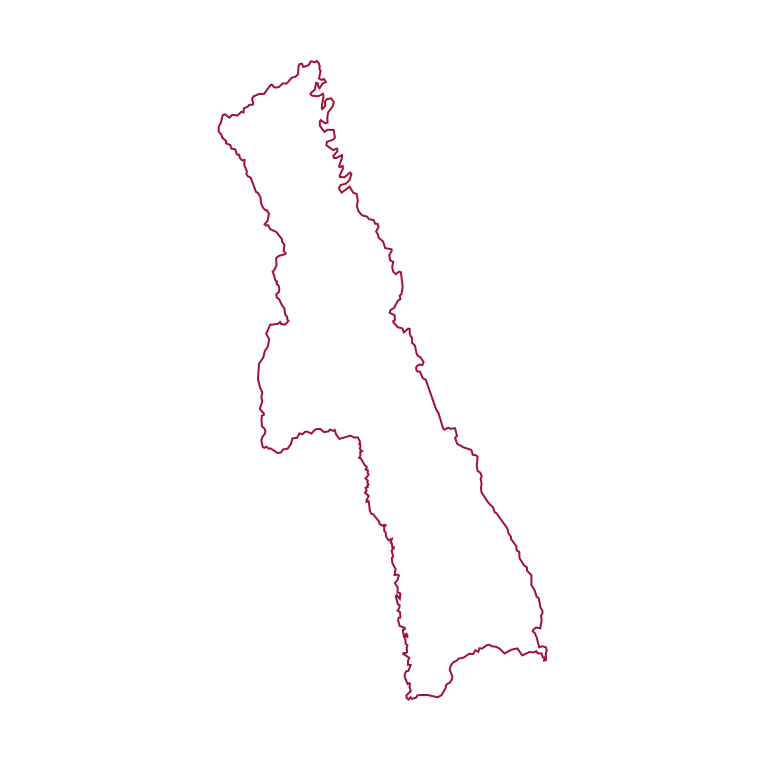 outline of Tha Song Yang, Tak, Thailand, rotated 190°
{"feature_id": "78962969B58793256407954", "entity_name": "Tha Song Yang", "entity_type": "district", "adm_level": 2, "iso_a3": "THA", "parent_name": "Thailand", "parent_adm1": "Tak", "projection": "equal_earth", "projection_center": [98.144, 17.467], "detail": "fine", "context": "isolated", "style": "outline", "palette": "rose", "viewbox_px": 768, "rotation_deg": 190, "n_neighbors": 0, "source": "geoboundaries", "source_scale": "gbopen_adm2", "svg_char_len": 6147}
<svg xmlns="http://www.w3.org/2000/svg" viewBox="0 0 768 768"><g transform="rotate(190 384 384)"><path d="M551.2,564.2L543.3,550.8L541.4,550.4L538.1,546.5L536.4,540.4L533.7,536.6L531.3,534.7L528.9,534.6L528.6,533.2L526.8,531.9L527.0,524.3L529.4,520.6L527.9,519.6L525.9,520.3L522.8,516.7L516.4,515.0L509.4,508.6L509.2,506.6L506.1,503.6L506.1,497.9L503.6,495.8L503.7,494.8L509.8,491.9L512.1,489.1L510.5,482.2L511.6,477.7L513.2,475.1L510.6,471.3L510.3,469.5L507.9,466.1L507.2,466.3L507.0,463.7L505.0,462.6L503.7,460.2L503.5,456.2L505.7,453.8L504.7,450.7L502.0,449.3L498.2,443.9L495.4,441.4L493.3,435.2L491.0,433.3L490.5,430.9L489.0,429.5L491.7,425.4L495.7,425.1L497.1,427.1L498.8,424.8L506.4,422.5L508.7,412.9L504.9,408.4L504.8,400.8L507.1,395.7L507.5,389.2L510.6,382.0L508.9,366.6L505.0,358.2L502.4,354.8L502.5,349.8L500.9,345.8L501.9,337.8L497.0,333.8L497.0,332.8L498.8,331.6L498.2,326.2L496.7,320.9L494.5,319.9L492.7,317.4L492.7,314.2L494.3,311.5L495.1,307.6L492.6,301.1L490.9,300.3L489.0,301.8L486.1,300.3L484.5,300.9L476.7,297.5L473.7,298.6L471.9,302.1L467.7,303.6L465.1,308.9L464.8,314.5L460.3,315.9L458.8,320.6L455.6,320.4L453.7,323.0L451.7,323.8L446.9,322.6L443.8,327.2L441.9,328.1L438.7,328.6L434.8,326.2L430.4,327.7L429.4,329.7L425.9,329.0L424.5,330.2L422.3,325.8L418.3,322.2L408.1,327.3L404.1,326.1L400.4,326.8L397.5,322.7L397.8,320.5L397.1,320.7L396.3,318.5L396.6,316.0L395.1,314.8L395.4,313.6L394.2,313.7L395.5,312.2L394.8,309.8L395.6,306.8L394.0,306.8L388.7,300.5L386.9,299.7L386.4,298.6L387.3,296.5L384.8,296.0L384.6,293.5L383.4,291.9L385.8,287.8L383.2,286.1L383.3,283.9L381.7,282.2L382.8,280.9L382.2,279.5L384.2,278.6L382.6,276.0L383.9,273.7L379.6,271.1L381.0,266.6L380.7,264.8L378.7,265.9L376.0,257.0L374.1,254.0L371.9,253.7L364.7,247.4L364.4,245.7L360.9,244.1L359.3,245.5L357.9,245.1L359.0,243.2L358.3,239.5L356.5,238.0L355.5,234.1L352.3,230.8L349.3,232.9L349.9,228.9L348.6,228.5L347.5,224.6L346.1,225.1L345.9,223.9L347.6,221.3L345.0,215.6L346.1,213.9L344.6,208.9L340.4,203.8L340.5,197.7L337.1,198.7L336.1,198.0L336.7,193.3L338.7,189.9L335.2,185.9L334.5,181.1L331.5,180.5L331.1,175.1L334.9,178.2L335.5,176.7L332.1,169.5L330.2,168.8L330.0,166.4L331.3,163.1L328.9,162.4L327.4,157.7L327.5,156.7L328.9,156.4L329.2,154.2L326.7,148.5L321.1,147.5L321.0,146.1L322.6,145.3L322.6,144.2L321.0,140.2L320.2,139.9L318.5,141.9L317.2,140.2L317.1,139.0L319.4,139.5L320.5,138.5L318.5,136.1L317.6,131.9L315.5,130.8L315.9,128.0L314.7,124.1L315.6,122.9L318.1,122.4L318.2,121.5L311.5,118.7L312.3,115.7L311.6,111.6L308.9,111.9L310.2,105.7L312.3,104.9L313.1,101.9L312.7,99.1L308.7,92.7L307.2,93.8L306.3,93.0L306.2,89.8L304.3,86.1L307.8,81.6L307.3,78.9L305.0,77.5L303.5,80.1L302.0,78.8L298.0,80.6L297.0,83.1L294.4,84.0L287.0,85.3L276.6,84.8L273.3,87.6L270.6,95.0L270.4,98.9L267.2,101.5L265.7,105.2L265.9,107.8L269.6,114.0L269.5,117.9L267.5,121.9L264.2,124.3L263.1,126.3L258.1,128.4L253.5,133.0L249.3,133.6L247.9,137.7L244.6,136.6L244.1,140.3L241.5,140.5L237.4,144.6L235.3,145.5L232.1,144.4L227.8,144.7L224.1,143.4L218.5,139.6L212.3,144.5L206.7,146.8L200.8,140.7L194.3,145.3L189.7,145.7L187.8,147.3L185.9,145.5L182.1,146.0L179.9,142.2L178.1,142.8L178.4,139.4L176.5,140.2L177.9,146.8L177.4,149.8L178.7,152.7L182.2,153.3L185.5,151.7L189.5,160.7L192.4,165.0L194.6,166.2L194.3,167.9L192.0,170.6L187.7,170.6L187.8,179.3L189.1,182.7L188.1,186.1L188.8,188.4L191.1,191.1L194.4,200.0L196.6,200.8L200.0,207.2L204.0,211.8L205.6,221.4L210.6,224.8L211.4,228.1L214.6,229.7L220.3,236.0L221.6,242.1L224.5,243.2L225.6,247.3L232.1,253.6L232.4,255.5L235.3,258.4L237.4,263.1L250.7,276.2L252.8,277.0L255.4,281.7L260.5,285.0L269.3,294.4L270.5,298.9L270.5,302.6L272.3,307.0L271.8,310.1L273.9,313.5L276.9,314.7L278.5,320.1L279.2,328.7L281.5,329.9L284.4,329.7L285.9,333.3L287.4,334.4L294.6,335.4L301.5,337.8L304.6,343.1L303.1,345.7L306.4,352.8L310.9,351.4L313.2,352.1L316.6,349.5L318.1,350.6L325.5,365.2L328.1,367.8L343.6,395.4L346.8,396.4L350.7,402.5L353.2,402.1L354.5,403.1L355.3,405.9L354.3,407.7L352.5,409.3L349.5,409.3L348.8,412.5L352.9,416.8L355.4,417.5L357.1,419.4L360.2,427.2L363.4,429.3L364.4,434.5L365.9,435.5L367.6,438.8L368.3,442.7L369.8,442.8L373.4,438.2L375.7,442.0L380.3,442.3L385.6,446.5L385.8,447.7L384.4,448.9L385.5,453.6L390.7,455.0L390.7,457.6L387.3,460.7L384.8,468.5L382.6,470.3L383.9,473.6L382.4,475.8L382.5,483.1L386.8,497.0L388.7,497.3L391.3,494.2L394.2,496.0L395.5,498.5L396.3,501.0L396.0,505.9L399.3,506.7L401.2,511.8L399.5,516.8L400.1,518.0L406.4,518.0L409.7,524.2L414.7,527.1L415.8,530.2L418.3,532.8L416.6,537.6L418.1,540.6L420.6,540.3L422.5,543.6L427.4,543.8L429.8,545.9L435.0,546.3L439.1,549.8L441.6,554.4L441.6,559.9L444.0,566.5L447.5,567.0L452.2,572.4L458.9,565.1L461.9,568.0L462.2,570.0L461.1,572.5L456.2,574.8L453.4,578.9L452.5,585.0L454.2,586.4L458.9,580.7L463.3,580.2L463.8,581.4L461.8,589.3L462.6,591.5L465.3,589.8L466.1,590.7L464.6,600.0L465.2,602.1L470.2,598.3L472.5,597.9L473.5,599.8L470.3,605.2L470.7,607.2L471.5,607.7L474.7,605.5L482.2,609.1L482.3,612.5L476.5,615.9L475.1,618.3L477.7,625.4L483.8,624.6L486.4,621.9L492.0,627.2L492.8,631.4L492.2,632.9L487.4,630.6L485.0,631.6L486.2,637.0L486.1,642.0L482.9,648.2L482.3,652.8L485.6,656.1L489.7,654.7L491.2,651.9L490.1,647.6L492.6,644.0L493.4,645.5L493.6,657.4L494.5,659.2L498.7,656.0L504.6,655.4L506.6,656.4L506.6,657.7L503.2,662.1L503.2,668.6L501.5,668.7L500.3,665.4L498.8,664.0L496.9,669.0L493.6,671.3L496.2,674.0L498.1,672.6L501.1,673.7L500.8,681.3L502.4,683.0L502.4,685.6L504.0,688.7L506.3,690.5L507.7,688.9L512.1,689.1L513.6,684.9L518.4,682.2L520.5,685.2L522.8,684.3L523.4,682.3L522.4,674.1L524.6,671.3L528.0,669.6L532.0,663.0L536.0,662.4L538.9,658.4L541.4,657.2L544.2,657.3L545.6,659.1L547.4,659.1L552.5,648.9L557.4,647.9L562.5,644.6L563.4,641.6L561.7,638.4L561.7,636.3L565.2,635.5L566.0,633.8L569.9,631.0L569.5,627.0L571.8,627.2L574.9,623.0L580.4,622.7L582.3,619.4L587.3,622.0L589.6,620.7L590.0,613.1L591.5,608.5L590.5,603.8L587.1,600.9L586.4,598.7L581.8,595.9L581.4,593.6L576.8,592.6L575.3,589.4L571.3,589.3L568.7,584.5L566.4,584.6L565.3,581.7L562.5,579.6L560.2,580.5L559.6,575.3L555.9,569.6L556.0,566.9L554.1,564.9L551.2,564.2Z" fill="none" stroke="#9f1239" stroke-width="2"/></g></svg>